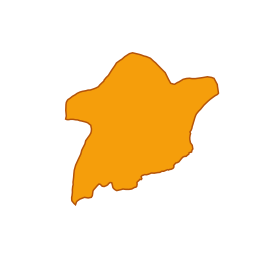 outline of Irele, Ondo, Nigeria, rotated 39°
{"feature_id": "59680162B53064832422435", "entity_name": "Irele", "entity_type": "district", "adm_level": 2, "iso_a3": "NGA", "parent_name": "Nigeria", "parent_adm1": "Ondo", "projection": "robinson", "projection_center": [5.017, 6.506], "detail": "fine", "context": "isolated", "style": "filled", "palette": "amber", "viewbox_px": 256, "rotation_deg": 39, "n_neighbors": 0, "source": "geoboundaries", "source_scale": "gbopen_adm2", "svg_char_len": 2911}
<svg xmlns="http://www.w3.org/2000/svg" viewBox="0 0 256 256"><g transform="rotate(39 128 128)"><path d="M77.8,157.5L79.9,155.8L82.1,154.6L83.8,153.4L86.0,152.6L87.4,151.8L90.9,150.2L91.4,150.0L92.2,149.7L93.4,149.3L94.8,149.3L97.3,149.3L100.2,151.7L101.6,153.7L102.3,155.3L102.4,155.9L102.7,157.3L102.9,160.9L103.1,164.0L103.1,164.5L104.3,166.9L104.5,167.3L105.2,170.5L105.5,172.0L106.0,174.2L106.3,175.0L106.7,175.7L107.8,178.2L109.1,183.6L110.7,189.8L112.8,194.6L114.6,197.4L115.7,199.0L116.8,200.6L118.6,203.4L119.3,204.6L121.1,206.6L121.8,208.2L123.6,211.0L125.3,213.0L125.7,213.6L126.1,214.2L127.1,215.8L127.9,217.4L128.9,218.6L129.6,219.4L130.5,220.0L133.6,220.6L135.5,220.7L134.5,218.0L134.5,216.5L135.4,213.5L137.1,210.5L137.8,209.3L141.1,207.4L143.1,205.0L142.9,203.1L141.7,201.1L140.5,199.2L140.2,197.7L140.3,195.3L140.4,192.2L140.5,191.2L140.7,189.8L141.9,189.2L144.6,189.5L146.3,188.5L147.6,186.1L148.0,184.7L147.9,183.5L148.3,181.8L148.4,181.6L149.8,180.8L151.5,182.0L153.5,183.6L154.5,184.0L154.9,184.1L156.8,184.1L158.5,183.8L158.9,183.4L159.9,182.1L161.4,180.2L162.5,178.6L164.6,177.3L167.4,175.1L169.3,173.0L170.4,170.2L171.4,168.9L171.5,167.9L171.0,166.9L170.5,166.0L169.2,164.7L169.2,163.5L169.5,162.2L169.5,160.5L170.7,159.8L170.7,158.7L169.7,158.1L168.8,157.5L168.9,155.9L169.7,154.8L170.1,153.9L171.9,152.6L173.2,150.7L174.5,148.3L176.8,146.6L178.9,144.2L180.7,142.4L181.5,140.4L183.0,139.1L184.5,136.3L185.2,135.3L186.0,135.1L186.5,133.9L187.4,133.1L188.3,131.3L188.4,130.0L187.8,128.9L187.5,128.7L187.1,128.4L187.1,126.6L187.1,125.3L188.2,123.7L188.8,122.2L188.8,117.8L189.0,116.0L189.7,114.7L191.0,113.4L191.3,111.4L191.7,110.2L191.1,108.8L191.7,107.7L192.5,106.7L191.8,105.2L191.6,104.7L191.6,103.5L188.8,101.0L185.9,100.2L183.4,98.2L182.7,97.4L182.0,96.6L180.6,94.2L180.2,93.0L178.6,92.1L178.4,89.8L177.7,87.8L177.0,86.6L175.9,83.8L175.2,82.2L174.4,80.2L173.5,78.1L173.4,77.8L172.6,75.4L172.3,73.8L172.3,70.5L172.6,67.7L172.6,66.1L172.6,64.9L172.6,62.5L172.9,60.1L173.3,56.9L173.9,53.5L174.0,53.3L174.7,50.5L175.4,48.0L176.4,45.6L176.4,44.0L172.5,40.4L171.6,39.6L170.0,38.0L163.6,35.3L161.1,36.1L159.6,37.0L157.5,38.2L156.8,39.0L153.8,42.4L149.1,47.4L146.6,49.4L144.5,50.6L142.3,52.7L140.2,55.5L138.5,60.3L137.8,61.5L136.7,64.7L135.7,65.3L133.0,66.4L132.3,66.1L129.0,64.8L122.1,61.6L115.4,60.9L110.5,60.3L108.4,60.0L105.9,60.0L101.6,59.7L97.4,60.9L94.9,62.1L92.4,62.9L90.2,63.8L84.2,66.7L82.3,69.4L80.6,74.6L80.0,78.3L79.2,80.6L78.1,84.7L78.5,87.6L78.9,92.8L79.3,96.4L79.7,99.6L79.4,101.8L79.3,102.8L79.3,105.7L79.7,106.9L79.4,108.9L79.0,112.1L79.0,114.5L78.8,115.1L78.0,116.9L76.9,118.9L74.8,122.2L73.0,123.8L72.4,124.7L71.6,125.8L69.5,128.2L68.1,130.2L66.7,133.0L66.0,135.5L64.9,138.3L64.2,141.5L63.5,143.6L63.5,144.8L63.9,146.8L65.0,148.7L67.1,151.5L68.6,153.5L72.5,157.5L73.9,160.3L75.3,159.9L76.8,158.7L77.8,157.5Z" fill="#f59e0b" stroke="#b45309" stroke-width="1.5"/></g></svg>